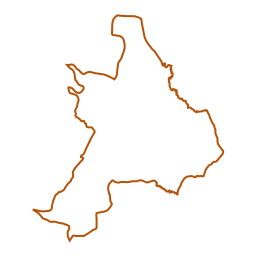 outline of Tao Ngoi, Sakon Nakhon, Thailand
{"feature_id": "78962969B89728183001998", "entity_name": "Tao Ngoi", "entity_type": "district", "adm_level": 2, "iso_a3": "THA", "parent_name": "Thailand", "parent_adm1": "Sakon Nakhon", "projection": "robinson", "projection_center": [104.177, 16.947], "detail": "fine", "context": "isolated", "style": "outline", "palette": "amber", "viewbox_px": 256, "rotation_deg": 0, "n_neighbors": 0, "source": "geoboundaries", "source_scale": "gbopen_adm2", "svg_char_len": 5710}
<svg xmlns="http://www.w3.org/2000/svg" viewBox="0 0 256 256"><path d="M211.8,164.0L212.3,162.9L213.5,161.9L215.6,161.7L216.3,161.4L217.0,160.8L222.8,153.7L223.2,152.5L223.2,151.0L221.5,149.0L218.1,144.3L217.4,140.8L217.5,138.2L216.3,135.7L215.4,133.0L215.4,129.4L214.6,127.8L214.0,125.2L212.2,122.5L210.0,117.8L209.1,114.7L208.8,114.1L208.0,113.1L207.6,111.7L207.3,111.2L207.2,110.8L206.9,110.4L206.2,110.3L205.9,110.6L205.5,110.2L205.3,110.4L203.5,110.5L202.7,111.1L202.1,111.1L201.9,111.4L201.4,111.5L199.9,111.4L198.8,111.8L197.4,111.4L197.3,111.6L196.8,111.4L196.7,111.8L196.5,111.7L196.2,112.1L194.5,111.1L193.4,109.6L191.4,108.6L190.7,107.7L189.8,107.5L188.0,107.8L187.9,107.2L188.1,104.9L187.9,104.5L187.0,104.0L185.6,101.8L185.6,100.8L183.2,100.8L182.8,100.3L182.5,99.7L182.4,99.2L182.0,98.6L181.4,98.6L180.9,99.0L180.4,99.1L178.8,97.8L178.3,97.7L178.1,96.8L178.3,96.4L178.1,95.8L177.2,95.3L176.9,94.9L176.5,94.7L176.7,94.0L176.5,93.8L176.8,93.2L176.4,92.9L176.3,91.9L176.5,91.7L175.8,91.2L176.6,90.6L176.6,90.4L175.6,90.4L175.3,90.6L175.2,90.3L175.4,89.9L175.0,89.6L174.3,89.4L173.7,89.5L173.3,89.1L172.9,89.3L173.1,89.7L173.0,89.9L172.7,90.0L172.4,89.7L172.1,90.2L171.8,89.9L171.3,89.8L170.6,89.1L170.5,88.3L169.6,86.1L169.5,85.1L169.7,84.2L169.4,82.8L168.9,82.0L169.2,81.4L169.0,80.7L169.1,80.4L168.8,80.1L169.0,79.5L168.8,79.2L168.8,78.8L169.1,78.7L169.1,78.4L169.3,78.4L169.3,78.1L169.5,78.2L169.6,78.5L169.8,78.1L170.2,78.1L170.5,78.3L170.7,77.3L171.4,77.1L171.2,76.6L171.4,76.5L171.8,76.8L171.9,76.2L172.5,76.1L172.5,74.6L172.7,74.1L172.5,73.3L171.6,73.0L171.9,72.5L171.8,72.2L171.5,72.2L171.3,71.9L171.7,71.7L171.5,71.4L171.5,71.1L170.5,69.6L170.6,69.3L171.2,69.2L171.1,68.9L170.7,68.8L170.7,68.4L171.1,67.9L171.1,66.5L171.4,66.0L170.3,65.5L169.9,65.6L169.8,65.3L168.3,65.0L166.8,67.1L166.3,67.3L165.8,67.1L165.2,66.7L165.0,66.2L164.9,65.1L165.1,63.9L164.8,63.4L163.6,63.8L163.6,64.5L163.4,65.2L163.0,65.6L162.8,65.4L162.5,65.0L161.7,62.3L161.2,61.2L155.2,52.1L154.1,50.7L152.3,49.2L148.2,44.0L146.0,40.5L144.5,36.7L142.0,24.1L141.3,19.4L140.9,18.6L138.8,17.5L134.5,16.2L126.4,16.1L119.8,15.7L118.6,15.4L117.7,15.4L116.2,16.2L115.5,16.8L113.5,19.1L112.9,20.7L112.3,24.0L112.0,34.1L112.6,34.8L113.5,35.1L119.5,35.9L122.0,37.3L123.3,39.0L123.8,40.4L124.5,43.7L124.7,46.2L124.6,48.3L123.9,50.7L123.5,52.4L122.4,55.0L121.5,57.9L119.9,60.5L118.3,62.8L117.4,69.1L116.9,74.8L116.0,77.0L114.5,79.3L108.3,76.1L106.1,75.2L104.0,74.5L94.8,73.1L90.7,72.0L88.7,71.9L86.0,72.9L84.8,73.7L83.8,74.1L82.7,73.9L80.2,71.7L79.2,70.4L76.6,68.7L74.6,66.0L73.2,64.9L72.5,64.6L71.0,64.5L68.9,65.0L67.0,64.9L70.0,68.3L72.5,69.8L73.4,70.9L74.6,74.2L75.2,79.5L76.9,81.7L78.2,84.0L79.5,85.0L80.7,85.6L82.0,85.8L82.8,86.1L83.3,86.8L83.7,88.0L83.7,88.4L83.4,89.2L81.7,91.6L80.1,92.7L78.6,93.0L77.6,92.8L75.4,91.7L73.7,90.0L73.1,89.1L72.4,88.4L69.8,87.4L68.9,87.3L68.4,87.6L68.4,88.1L69.0,91.2L69.4,92.1L69.9,92.8L70.5,93.3L74.9,94.5L76.0,95.0L77.1,95.9L78.2,97.8L78.6,100.0L78.5,100.7L77.4,104.2L77.1,106.6L75.2,110.2L75.2,111.1L75.8,113.8L75.5,115.4L75.5,115.8L76.4,117.3L77.3,117.4L78.2,117.9L79.9,119.4L81.4,121.1L82.3,121.2L83.6,120.8L84.1,121.0L84.8,123.0L85.2,123.4L86.0,123.7L86.2,125.5L87.1,127.1L87.8,127.3L91.5,127.4L92.3,127.8L94.4,130.8L94.7,131.7L94.6,132.1L94.1,133.2L92.6,135.5L90.5,139.5L86.1,148.6L84.3,152.8L83.4,154.2L81.0,156.1L81.0,157.1L83.1,157.9L83.3,158.2L83.1,158.7L82.0,160.4L80.5,161.8L75.4,167.7L74.4,169.1L73.0,171.6L72.8,172.4L73.1,174.9L73.1,176.8L72.9,177.3L71.5,179.1L70.7,181.1L67.5,184.2L65.5,187.1L64.4,189.2L63.8,189.9L63.1,190.5L60.9,191.7L58.7,192.2L57.5,193.7L56.1,194.6L55.4,195.4L54.9,196.4L53.0,201.5L51.8,206.8L52.0,207.3L51.8,208.2L51.3,209.4L50.6,210.1L49.0,210.9L43.5,211.4L40.0,211.1L34.9,209.9L32.8,209.6L38.3,213.1L40.0,214.9L42.9,218.4L46.1,219.5L48.0,220.4L49.7,221.5L50.9,221.9L54.8,221.7L55.6,221.8L58.7,222.8L60.5,223.2L61.8,223.2L62.3,223.5L63.6,223.6L64.9,224.4L67.2,224.9L67.8,225.4L68.6,225.7L69.0,226.2L69.2,226.9L69.2,228.3L68.8,229.9L68.1,230.8L67.8,231.5L67.6,234.3L68.0,236.8L69.7,240.6L72.5,236.3L73.2,235.7L73.8,235.6L76.6,236.0L80.8,235.8L83.6,236.1L88.0,233.5L91.1,231.4L92.7,230.1L95.5,229.0L96.3,228.4L96.6,227.1L96.6,219.1L96.3,214.3L96.6,213.2L97.2,212.9L104.2,211.6L105.7,211.1L107.0,210.5L108.8,208.9L111.6,205.0L111.8,204.0L111.7,203.6L110.5,201.4L110.0,197.3L110.0,195.1L109.1,193.8L108.9,192.1L108.2,189.6L108.1,187.8L108.7,185.0L109.1,184.0L112.2,180.5L113.1,180.4L114.8,181.8L115.6,182.1L117.1,182.5L118.6,182.6L120.8,182.1L122.4,181.9L127.1,182.2L129.0,182.0L132.7,181.2L136.2,181.3L136.9,181.2L138.8,180.5L140.5,180.3L141.6,180.4L143.1,180.9L146.9,182.5L147.4,182.5L152.8,180.7L153.8,180.6L155.3,181.1L156.7,182.5L156.8,182.8L156.6,183.2L156.8,183.4L156.7,183.9L156.8,184.2L156.4,185.1L156.7,185.5L157.1,185.6L157.2,186.1L158.0,186.2L158.7,186.0L159.6,185.8L160.2,186.4L160.3,187.0L160.9,186.8L161.1,187.3L161.9,187.8L161.9,188.1L162.6,188.1L163.0,188.7L163.8,188.8L164.0,189.3L164.4,189.2L165.0,189.9L165.6,190.0L165.8,190.7L166.7,191.5L167.6,191.3L168.0,191.6L168.4,191.1L169.3,190.6L169.4,190.8L169.3,191.3L169.9,191.4L170.0,191.9L170.4,191.2L170.7,191.2L170.7,191.7L170.4,192.0L170.6,192.2L171.0,192.3L171.2,191.9L171.8,192.1L172.5,191.6L173.7,192.4L174.2,192.3L174.5,192.6L175.1,192.7L175.2,193.1L176.2,193.0L176.4,193.9L177.5,194.4L177.7,194.0L177.5,193.4L177.5,192.9L178.2,190.0L179.3,187.7L180.6,185.7L181.1,183.7L181.8,182.4L184.4,178.4L185.0,177.9L187.0,176.7L190.6,176.1L191.9,176.1L194.7,177.2L195.2,177.3L195.8,177.0L196.3,176.3L197.3,175.8L198.7,176.3L201.2,175.8L202.6,176.5L203.3,176.2L203.7,175.8L205.4,170.5L206.4,168.6L209.0,165.4L210.1,164.7L211.0,164.5L211.8,164.0Z" fill="none" stroke="#b45309" stroke-width="2"/></svg>